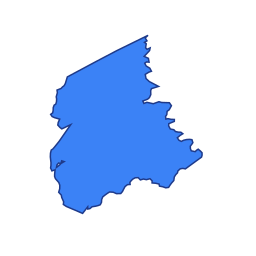 Jacuizinho, Rio Grande do Sul, Brazil, rotated 286°
{"feature_id": "56859067B82489470998478", "entity_name": "Jacuizinho", "entity_type": "district", "adm_level": 2, "iso_a3": "BRA", "parent_name": "Brazil", "parent_adm1": "Rio Grande do Sul", "projection": "robinson", "projection_center": [-53.024, -29.051], "detail": "fine", "context": "isolated", "style": "filled", "palette": "blue", "viewbox_px": 256, "rotation_deg": 286, "n_neighbors": 0, "source": "geoboundaries", "source_scale": "gbopen_adm2", "svg_char_len": 2251}
<svg xmlns="http://www.w3.org/2000/svg" viewBox="0 0 256 256"><g transform="rotate(286 128 128)"><path d="M131.8,194.4L134.4,192.7L134.1,190.5L133.1,187.6L131.6,184.9L129.8,182.9L130.3,180.3L132.2,178.1L135.2,180.1L137.6,182.3L138.5,180.0L137.9,177.5L137.7,174.6L139.0,172.5L138.7,169.0L141.2,166.5L143.4,166.0L147.1,170.7L149.0,170.2L148.2,166.9L148.0,163.8L147.0,162.0L149.5,160.9L151.5,161.6L154.8,161.0L156.9,162.6L161.4,163.6L163.7,160.8L161.8,153.3L161.8,150.5L158.3,145.6L157.9,139.1L156.0,136.5L158.0,134.8L161.2,139.0L163.1,140.2L166.4,140.7L170.2,139.5L172.3,139.7L176.4,145.9L178.5,135.7L180.5,131.7L184.3,129.8L187.3,132.5L189.0,134.9L191.5,132.5L192.6,128.4L194.9,126.2L196.6,127.6L197.1,130.1L200.6,128.4L201.3,123.8L208.4,127.4L211.1,127.2L208.9,124.6L210.0,122.8L214.0,122.3L214.9,120.2L217.0,122.2L219.3,119.7L222.6,121.7L199.0,95.6L183.1,79.0L160.4,55.6L153.5,55.5L151.0,54.9L149.4,53.7L147.6,52.8L144.9,49.3L142.4,50.4L138.2,50.4L136.2,51.4L133.5,52.0L131.1,52.0L129.6,50.7L127.0,50.5L124.3,51.2L121.8,51.4L119.8,49.9L118.1,51.9L117.7,54.5L117.7,56.9L117.7,59.9L114.1,59.4L111.5,59.7L109.8,62.4L108.9,64.6L110.8,66.8L113.1,69.3L115.4,72.0L96.3,65.5L89.6,62.7L87.2,61.6L85.6,60.3L82.5,60.4L78.8,61.3L75.9,62.5L73.5,63.5L70.5,64.3L68.2,64.6L65.8,66.7L67.7,69.4L63.4,70.2L61.2,70.8L59.3,72.2L56.5,76.5L54.2,78.2L50.8,79.1L47.1,79.1L45.1,82.4L43.0,83.4L39.3,86.5L36.7,86.9L35.6,90.3L33.4,107.9L41.1,111.0L39.0,111.7L40.0,113.6L42.4,115.2L44.0,118.6L45.3,120.8L46.6,122.5L49.3,123.0L51.9,122.4L54.8,122.7L57.2,124.4L59.4,126.1L61.4,127.9L62.2,131.5L61.7,135.0L63.0,139.1L65.4,140.2L67.7,140.6L70.9,141.3L73.4,143.1L74.3,145.6L76.2,144.8L78.3,145.6L80.2,146.7L82.1,148.6L83.1,151.5L81.5,154.2L83.2,156.9L83.4,159.9L85.3,163.1L83.9,165.7L81.8,166.3L82.5,169.7L82.7,173.3L80.8,174.3L81.1,177.7L80.9,180.8L82.1,183.4L84.5,184.1L87.0,185.0L90.1,186.5L93.7,186.0L96.4,186.8L98.5,187.9L100.5,187.8L103.2,189.5L104.3,191.9L104.5,194.4L120.3,206.7L122.3,206.7L124.6,206.0L125.7,204.2L127.0,201.3L125.5,200.0L123.8,199.1L123.5,195.1L125.3,193.7L127.7,192.9L129.9,193.8L131.8,194.4ZM75.4,73.3L73.5,72.4L70.4,70.1L73.1,69.9L75.2,70.9L75.4,73.3ZM75.4,73.3L78.2,73.3L78.1,75.9L75.4,73.3Z" fill="#3b82f6" stroke="#1e3a8a" stroke-width="1.5"/></g></svg>